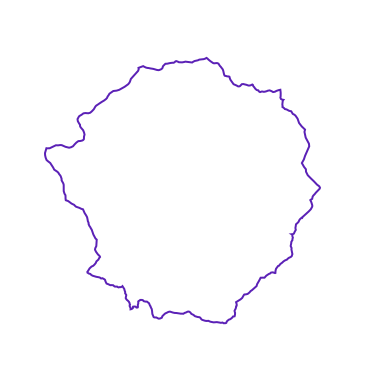 Tseza, Daga, Bhutan (Natural Earth projection), rotated 71°
{"feature_id": "84629894B57914849969567", "entity_name": "Tseza", "entity_type": "district", "adm_level": 2, "iso_a3": "BTN", "parent_name": "Bhutan", "parent_adm1": "Daga", "projection": "natural_earth1", "projection_center": [89.809, 27.158], "detail": "fine", "context": "isolated", "style": "outline", "palette": "violet", "viewbox_px": 384, "rotation_deg": 71, "n_neighbors": 0, "source": "geoboundaries", "source_scale": "gbopen_adm2", "svg_char_len": 5984}
<svg xmlns="http://www.w3.org/2000/svg" viewBox="0 0 384 384"><g transform="rotate(71 192 192)"><path d="M83.0,271.2L83.5,273.7L83.8,274.3L85.8,276.5L87.9,276.9L90.6,276.4L91.9,276.0L93.4,276.4L94.7,276.2L98.2,274.8L99.2,274.8L100.4,274.7L102.7,274.9L104.5,276.1L106.8,277.0L107.4,277.9L107.6,279.0L107.4,281.0L106.9,282.9L107.6,285.2L108.7,287.4L110.0,289.6L110.3,291.8L110.1,293.8L108.1,296.9L105.3,299.9L104.7,301.3L104.3,303.4L103.5,305.5L104.3,312.3L103.6,314.6L103.2,315.4L107.3,318.3L109.3,318.9L111.8,319.2L114.4,319.1L116.0,318.2L118.4,316.6L123.7,315.3L126.0,315.0L128.1,313.4L129.2,312.6L130.6,312.0L131.8,311.8L133.7,311.1L134.9,311.0L137.0,311.0L138.6,311.5L142.0,310.9L143.5,311.0L149.4,313.0L152.1,313.1L153.8,312.7L154.6,312.9L157.4,313.8L158.7,314.0L160.2,312.1L161.6,311.1L163.7,309.7L165.8,307.6L166.8,307.2L168.2,306.4L170.3,303.7L171.9,302.1L172.9,300.7L176.8,300.4L179.8,299.7L181.7,299.4L184.1,299.7L185.9,300.0L187.0,299.8L187.9,299.9L188.5,300.2L190.5,300.1L191.5,299.8L192.7,299.5L193.5,299.5L194.8,299.1L199.0,299.1L200.1,299.1L204.5,298.4L206.0,297.6L212.0,300.1L213.7,301.8L215.0,302.5L217.3,302.2L220.6,301.2L221.8,300.5L222.9,300.1L223.5,300.1L224.5,301.6L225.4,302.4L226.5,305.0L227.7,306.0L228.8,307.7L229.6,309.4L229.8,311.3L230.9,313.7L233.1,316.4L233.4,316.9L234.2,317.1L235.6,316.0L236.4,314.8L237.7,314.2L238.8,313.2L240.9,310.3L242.5,307.5L243.3,306.6L244.0,306.3L244.3,305.7L244.4,304.7L246.2,303.1L246.9,302.8L247.8,302.9L249.4,302.8L250.7,302.6L251.1,302.2L251.9,301.2L253.5,299.6L253.9,298.3L254.5,296.9L256.1,296.0L256.6,295.0L257.0,293.7L257.7,293.2L258.3,292.5L258.4,291.3L258.8,290.2L258.7,289.0L258.4,288.4L261.8,287.6L263.2,287.8L264.5,287.7L265.0,287.8L266.0,288.2L267.5,287.8L268.0,287.7L268.6,288.0L270.3,289.0L270.7,289.2L271.2,289.2L272.8,288.7L273.9,288.0L275.3,287.4L276.7,287.2L277.7,287.4L278.4,287.3L279.0,287.9L279.8,288.1L281.8,287.9L282.9,288.3L283.0,287.2L282.7,286.1L282.4,285.6L282.0,285.4L281.5,285.4L281.2,285.0L281.3,284.7L281.5,283.8L281.9,282.9L282.3,282.5L283.1,282.2L283.3,281.9L283.5,281.0L283.3,280.7L282.9,280.5L282.0,280.3L280.8,279.8L280.2,279.3L279.5,278.9L278.2,278.6L277.8,278.2L277.5,276.7L277.2,276.1L277.8,274.4L278.2,273.8L278.6,273.5L279.4,273.3L279.6,273.1L280.0,272.4L280.5,271.7L280.9,270.4L281.2,270.1L282.1,269.6L283.1,268.9L283.9,268.8L284.2,268.8L285.9,268.7L286.3,268.5L286.6,268.4L287.6,268.5L288.8,268.3L289.2,268.2L289.7,268.2L291.5,268.5L294.4,269.2L297.7,269.0L298.0,268.8L298.5,268.1L298.9,266.8L299.1,266.5L300.5,265.2L300.9,264.7L301.1,264.0L301.2,263.1L301.0,261.4L299.8,260.5L298.8,258.5L298.1,256.8L298.0,255.5L297.7,253.4L297.9,251.8L299.7,249.4L300.7,247.8L301.3,246.2L303.4,242.2L304.3,239.7L303.9,238.4L304.0,237.3L303.7,235.2L304.0,233.9L305.3,232.8L307.0,232.3L308.8,230.5L309.5,230.2L310.4,229.6L312.0,227.4L312.9,225.6L313.6,225.1L315.3,224.6L316.2,224.0L318.1,221.4L318.8,219.9L319.1,218.5L320.6,216.9L322.3,214.0L323.1,210.9L324.5,208.3L325.1,207.3L325.4,205.6L326.3,204.9L326.9,203.2L326.9,202.2L325.8,201.3L325.3,200.4L324.7,198.7L324.7,197.1L323.8,194.7L323.1,193.9L323.4,192.2L322.0,191.3L320.2,190.6L319.0,190.6L318.1,190.4L316.6,188.8L315.5,188.0L314.4,187.5L314.1,186.8L312.7,186.3L310.5,186.2L309.3,181.0L308.5,179.0L307.2,177.6L306.0,176.1L306.0,175.5L306.3,174.5L306.5,172.6L305.7,170.4L304.7,168.7L304.4,167.4L302.0,161.6L300.3,160.4L297.7,157.4L295.4,155.0L296.6,151.3L295.3,149.0L294.5,146.0L294.5,144.8L293.9,143.5L294.3,141.7L295.7,139.9L295.7,139.5L293.7,138.7L291.9,137.5L290.0,134.7L290.0,133.7L288.8,131.8L288.2,129.8L287.5,128.3L287.0,126.6L286.8,124.1L286.3,123.3L285.8,121.9L285.6,119.8L285.1,118.6L283.4,117.3L278.7,116.7L277.4,116.1L275.2,116.3L272.3,114.6L271.7,114.5L270.6,113.3L270.3,112.8L269.1,112.3L268.0,111.5L266.8,111.5L264.9,111.1L264.4,111.5L264.7,110.3L264.5,109.2L263.0,107.8L261.6,106.2L260.5,106.1L259.4,105.8L258.2,105.1L256.4,104.2L255.7,102.5L255.0,101.1L253.3,99.4L252.7,98.4L251.9,96.3L252.2,96.1L251.6,95.5L248.4,88.0L247.0,85.3L245.0,83.1L243.7,82.6L240.6,82.5L239.2,82.6L238.4,82.8L238.0,82.6L238.0,82.3L237.6,80.6L235.6,79.4L234.9,78.5L233.8,76.4L233.0,75.2L230.5,70.3L229.7,69.6L228.1,69.8L225.7,71.4L221.5,73.3L218.2,75.0L213.8,77.1L209.9,77.6L207.6,76.9L204.7,77.9L200.4,78.7L197.6,75.6L194.6,73.3L187.0,66.3L184.4,65.7L177.6,66.8L171.8,66.1L169.8,64.8L165.7,66.9L161.6,68.3L157.0,68.3L153.5,69.3L152.3,70.0L150.9,71.3L148.0,71.9L146.8,73.8L144.7,75.7L143.8,77.2L142.9,77.5L141.0,78.8L140.4,78.4L138.7,78.1L135.7,76.7L134.8,75.9L134.6,75.6L134.0,76.7L133.0,77.6L131.5,77.7L130.3,77.0L127.2,75.9L125.5,75.5L124.1,75.2L123.9,76.9L123.9,79.3L124.2,81.0L123.9,82.8L122.5,84.0L121.2,85.5L120.9,87.3L121.0,88.6L120.9,90.2L120.7,91.4L120.0,92.6L119.7,93.4L119.7,95.1L119.1,95.7L118.5,96.0L117.5,96.2L117.3,96.7L116.5,97.7L114.8,98.6L113.3,99.0L111.9,99.6L110.5,99.6L110.0,100.0L110.2,101.7L110.1,102.8L109.7,104.0L108.4,105.6L106.6,108.4L106.3,109.8L107.5,112.2L107.5,113.0L107.1,114.1L105.9,115.1L103.6,117.6L98.5,119.1L97.3,119.2L95.2,119.1L94.8,119.5L94.1,121.1L93.3,122.2L93.1,122.8L92.5,123.3L91.3,123.4L87.6,123.0L86.1,123.0L82.8,124.1L81.8,124.6L79.2,125.2L78.2,126.4L77.5,129.3L76.9,130.1L74.3,132.0L72.2,133.3L70.6,134.1L69.9,134.7L70.2,135.8L70.2,137.6L69.2,142.0L69.4,143.5L69.0,146.9L69.3,148.7L69.6,149.7L66.6,155.8L66.5,157.3L66.2,159.2L65.0,162.2L64.1,163.0L63.1,164.3L63.1,165.1L63.7,166.4L63.8,167.4L63.5,168.1L63.1,169.9L62.8,171.8L62.7,173.1L62.5,174.1L62.1,175.4L63.5,178.3L64.0,178.8L65.0,179.4L65.6,180.3L65.9,181.2L66.0,183.2L65.9,184.0L65.2,185.4L63.0,188.5L61.5,191.3L60.7,192.6L60.1,193.9L59.3,195.1L58.1,196.3L57.1,197.2L57.2,202.2L58.5,202.4L59.9,203.5L65.2,213.0L67.4,214.7L68.2,215.5L69.3,217.2L70.6,221.5L71.7,227.6L71.6,230.3L70.9,233.5L71.3,235.0L71.6,236.1L72.2,238.1L73.2,239.2L74.3,240.8L75.3,241.6L76.1,243.0L76.9,245.4L77.5,248.3L79.2,254.6L79.8,255.6L81.8,257.9L83.1,260.4L83.9,262.4L83.8,264.4L82.6,267.2L82.3,269.1L83.0,271.2Z" fill="none" stroke="#5b21b6" stroke-width="2"/></g></svg>